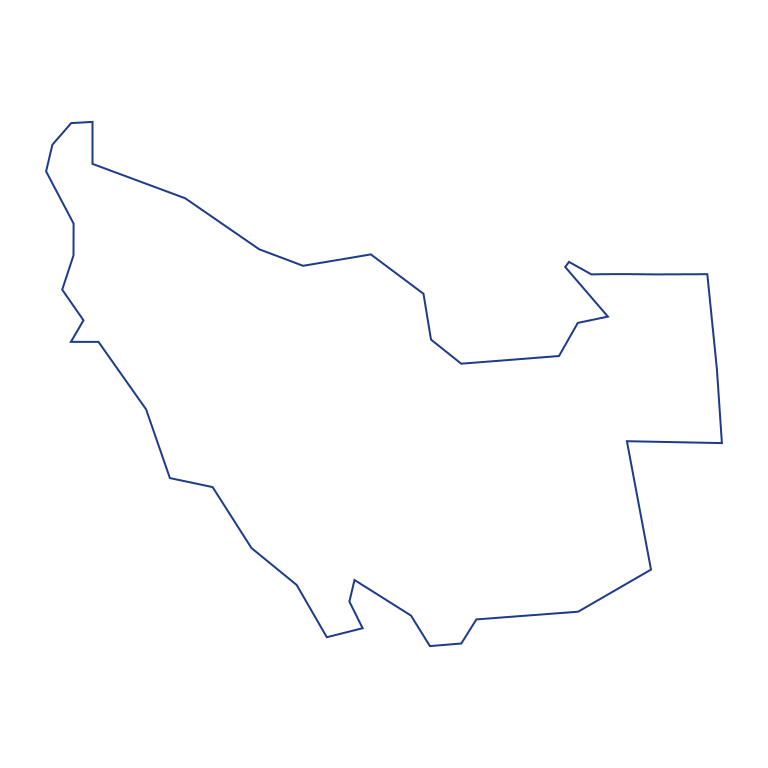 Longochuk, Upper Nile, South Sudan (Albers equal-area conic projection)
{"feature_id": "79223893B31888405901503", "entity_name": "Longochuk", "entity_type": "district", "adm_level": 2, "iso_a3": "SSD", "parent_name": "South Sudan", "parent_adm1": "Upper Nile", "projection": "albers", "projection_center": [33.507, 9.303], "detail": "fine", "context": "isolated", "style": "outline", "palette": "blue", "viewbox_px": 768, "rotation_deg": 0, "n_neighbors": 0, "source": "geoboundaries", "source_scale": "gbopen_adm2", "svg_char_len": 680}
<svg xmlns="http://www.w3.org/2000/svg" viewBox="0 0 768 768"><path d="M721.9,443.1L716.9,369.1L707.3,274.2L655.9,274.4L625.4,274.1L601.4,274.2L591.4,274.4L569.0,261.9L565.2,267.0L607.9,316.6L577.8,322.9L559.0,356.0L461.2,363.7L431.0,339.6L423.5,293.8L370.8,254.4L303.1,265.8L259.2,249.3L185.2,198.3L92.5,163.9L92.5,121.9L71.2,123.1L52.4,144.7L46.1,171.4L73.6,223.6L73.5,255.4L62.2,289.7L83.5,320.3L70.9,341.9L98.5,341.9L146.1,409.4L169.9,478.1L212.6,487.1L251.5,548.1L296.7,585.0L326.8,637.2L362.6,628.2L349.4,601.6L354.5,580.0L411.0,615.6L429.9,646.1L461.3,643.5L476.4,619.4L578.1,611.7L651.0,569.6L626.9,441.2L721.9,443.1Z" fill="none" stroke="#1e3a8a" stroke-width="2"/></svg>